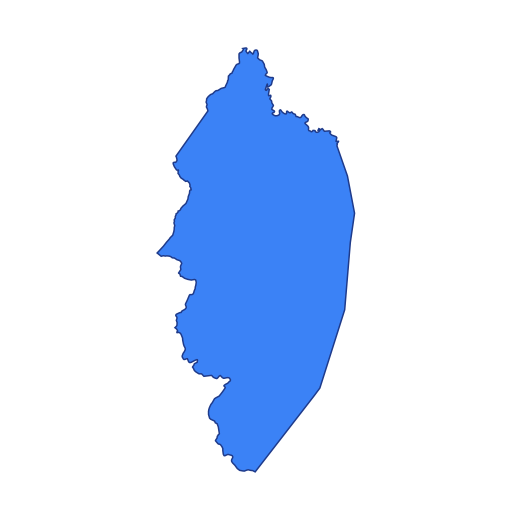 the district of El Paraiso, El Paraíso, Honduras, rotated 59°
{"feature_id": "27666195B18582423233621", "entity_name": "El Paraiso", "entity_type": "district", "adm_level": 2, "iso_a3": "HND", "parent_name": "Honduras", "parent_adm1": "El Paraíso", "projection": "natural_earth1", "projection_center": [-86.568, 13.849], "detail": "fine", "context": "isolated", "style": "filled", "palette": "blue", "viewbox_px": 512, "rotation_deg": 59, "n_neighbors": 0, "source": "geoboundaries", "source_scale": "gbopen_adm2", "svg_char_len": 6103}
<svg xmlns="http://www.w3.org/2000/svg" viewBox="0 0 512 512"><g transform="rotate(59 256 256)"><path d="M202.5,339.2L207.4,337.4L208.0,335.3L209.4,333.7L209.9,332.4L211.6,330.2L212.8,329.3L214.4,328.7L215.7,327.0L218.4,325.7L220.7,323.7L223.0,323.3L224.1,323.5L225.9,326.0L227.1,326.7L228.5,327.2L229.0,327.6L230.7,331.1L231.1,331.1L231.7,330.7L232.3,330.5L234.5,331.1L235.5,329.9L238.3,328.7L240.9,326.5L243.3,323.8L244.4,320.9L245.3,320.1L245.7,320.1L247.8,320.8L250.0,322.6L251.4,324.1L252.7,325.0L253.8,326.6L255.6,328.6L256.1,329.5L256.1,330.8L255.1,332.5L255.3,333.3L258.6,337.8L260.7,341.0L261.4,341.6L263.7,342.0L264.3,342.4L264.7,343.1L265.1,344.3L265.0,347.8L265.8,349.3L265.4,350.1L265.2,351.2L264.9,354.2L265.1,354.8L265.6,355.3L265.9,355.5L267.3,355.3L268.2,355.5L268.9,356.0L270.1,357.4L272.4,357.9L273.9,358.9L274.7,359.5L275.2,360.3L275.7,362.4L277.6,361.7L279.2,361.6L279.7,361.8L280.4,362.9L280.9,363.2L281.2,362.9L281.5,361.8L282.4,361.1L283.3,360.6L284.8,360.6L288.5,361.2L290.2,362.1L294.3,363.6L296.1,364.0L298.1,364.1L298.9,364.3L299.7,364.8L300.3,365.5L301.1,366.8L302.0,368.7L303.6,370.7L304.4,371.2L306.8,371.3L307.5,371.1L308.0,370.3L308.4,368.1L308.7,367.7L312.0,368.2L312.7,368.0L313.3,367.6L313.6,367.0L313.8,366.1L314.0,362.3L314.2,360.9L314.4,360.0L314.7,359.7L315.2,359.8L316.8,361.2L316.6,364.3L317.6,365.6L318.3,367.3L318.5,367.6L320.2,367.5L322.4,367.8L324.2,367.3L327.4,365.7L328.0,365.0L328.7,363.7L329.1,363.3L332.3,362.6L335.3,355.8L335.9,355.4L337.0,355.3L338.2,354.9L339.8,353.8L340.8,352.8L340.9,352.4L340.7,351.4L340.0,349.4L340.0,348.3L340.2,348.1L342.9,347.5L344.1,346.8L344.5,346.0L345.2,343.9L345.6,343.0L346.4,342.0L347.2,341.6L349.1,341.7L349.8,342.5L349.9,343.7L350.5,345.9L350.3,348.3L350.5,349.9L350.7,350.3L351.0,350.4L352.2,350.1L352.9,350.1L353.4,350.8L355.2,354.7L357.1,359.7L356.9,363.7L357.0,365.1L359.2,369.0L360.0,371.1L361.9,373.9L363.2,375.4L364.7,376.7L367.4,378.3L371.1,379.3L372.6,378.9L376.2,376.5L378.0,376.8L379.8,375.7L383.0,376.3L389.4,378.9L389.7,379.6L389.8,380.5L390.2,380.9L390.6,382.0L392.0,383.2L393.1,385.5L393.5,385.9L397.2,385.3L397.9,385.0L398.5,384.2L399.5,383.6L401.9,383.4L403.9,383.6L405.6,384.6L409.0,386.1L410.6,386.2L410.9,386.0L411.2,385.5L411.4,383.2L411.7,382.1L414.3,379.6L415.0,379.2L416.3,379.4L417.2,380.3L417.5,381.0L418.1,381.8L419.0,382.5L419.9,382.7L421.5,382.6L424.4,381.9L428.6,381.5L431.3,380.4L433.6,377.8L434.4,376.6L434.7,374.5L435.2,372.8L437.1,370.9L438.3,369.3L440.6,367.9L405.8,278.3L402.1,269.3L347.8,207.7L293.0,168.2L270.1,149.5L234.5,136.4L203.3,129.9L202.1,128.8L201.8,128.9L201.4,128.7L200.6,126.7L200.2,126.2L199.9,126.4L199.3,128.1L199.0,128.3L198.3,127.8L196.3,125.9L195.8,125.8L195.1,125.9L194.2,126.5L191.5,128.7L190.2,129.2L188.4,129.4L188.2,129.0L188.1,128.2L187.6,128.1L187.0,128.3L186.5,128.7L184.4,133.0L183.9,133.2L181.7,133.4L180.9,133.7L181.0,135.8L180.0,136.0L179.2,136.5L180.1,138.0L181.1,136.9L181.5,137.1L181.8,138.3L181.5,139.9L181.1,140.5L180.6,140.8L179.6,141.0L179.0,140.8L178.7,141.0L177.7,142.4L178.2,143.7L178.0,144.6L177.8,144.8L177.1,144.9L175.7,146.1L174.8,146.0L173.2,144.9L172.2,144.6L171.1,144.7L168.1,145.6L167.3,145.6L167.1,145.3L167.0,144.7L167.2,142.4L166.4,141.3L165.5,140.7L165.0,140.8L164.0,141.3L162.5,141.8L161.3,142.0L159.9,141.8L159.5,142.0L159.1,142.6L159.1,143.3L159.4,144.3L160.0,145.4L160.2,146.2L160.1,146.9L159.7,147.5L157.7,148.9L157.1,149.8L154.8,149.4L153.0,150.8L151.1,151.1L150.8,151.5L150.9,152.1L150.9,152.7L150.6,153.3L149.5,154.1L148.2,154.4L147.8,154.8L147.9,155.2L148.1,155.5L149.6,156.5L149.7,157.1L149.3,157.7L148.5,158.4L147.2,159.0L145.6,159.5L143.7,159.6L143.3,159.8L143.2,160.4L143.5,161.1L144.3,161.6L146.2,162.4L146.7,163.2L146.9,164.1L146.6,165.7L145.9,167.1L144.8,168.0L143.1,168.8L142.4,168.8L142.0,168.4L141.9,167.7L142.2,167.1L142.2,166.7L141.9,166.0L141.5,165.6L140.8,165.7L139.0,166.7L138.3,166.9L137.2,165.8L136.3,164.0L135.8,163.5L133.1,163.6L131.1,162.8L128.4,163.2L127.1,161.2L126.2,160.7L125.8,160.7L125.6,161.0L125.3,162.4L124.7,162.5L123.8,162.0L120.0,158.8L119.0,159.2L118.7,159.7L118.7,160.3L119.3,161.3L119.3,161.8L118.7,162.3L118.0,162.2L114.5,158.0L114.5,157.8L114.9,157.8L116.5,159.0L117.0,159.1L117.3,158.9L117.4,158.1L117.1,154.9L116.7,154.2L114.2,151.8L113.0,149.9L112.4,149.5L112.0,149.5L111.6,149.8L110.9,151.0L109.9,152.3L106.9,154.5L105.9,154.9L105.2,153.9L104.7,152.1L104.2,151.8L101.4,151.3L98.6,151.3L95.9,150.2L92.3,150.1L91.7,150.3L89.6,151.9L87.0,152.6L84.8,150.6L83.6,149.8L80.9,149.1L80.4,149.1L79.8,149.4L79.2,150.4L79.1,151.5L79.7,152.4L81.1,154.0L81.3,154.7L80.4,154.9L79.1,155.5L77.3,155.9L78.2,158.7L77.2,159.0L75.1,159.1L73.8,157.1L73.2,157.0L72.7,157.2L72.3,157.9L71.4,160.3L71.9,160.1L72.6,160.7L73.5,162.5L73.8,163.4L73.6,164.3L73.6,165.4L73.8,166.0L74.1,166.5L77.6,168.6L81.0,170.1L82.2,170.9L82.3,171.7L81.9,173.5L82.1,174.7L84.6,179.2L85.3,180.0L86.1,181.5L86.9,182.5L86.6,184.2L87.1,185.2L87.6,187.0L90.6,189.0L91.2,190.1L92.3,191.0L94.6,194.5L95.3,195.2L95.4,195.8L95.3,196.6L94.4,199.5L94.5,203.4L93.8,205.0L93.7,205.7L94.0,207.3L94.6,209.5L94.2,211.8L94.7,214.6L95.3,216.2L96.0,217.5L96.9,218.0L98.4,219.5L100.9,219.9L101.4,220.3L102.1,221.3L102.9,221.8L104.8,221.9L106.9,222.5L129.2,273.2L130.2,273.3L132.4,274.0L133.3,274.4L133.7,274.9L133.8,275.5L134.2,276.0L134.3,276.6L134.2,277.0L133.5,277.8L133.4,278.8L134.3,279.5L137.4,280.0L141.3,279.8L141.9,279.2L142.4,278.3L142.7,278.4L143.4,279.3L144.2,279.6L145.1,280.3L146.9,280.0L148.6,280.3L150.5,280.1L153.2,278.8L154.0,278.7L154.5,278.3L155.7,278.0L156.5,276.1L159.1,275.5L161.2,276.0L162.3,276.9L163.8,276.8L165.7,277.4L165.9,277.6L165.6,278.3L165.8,279.0L166.4,279.6L168.0,280.7L170.1,283.4L172.1,285.0L174.9,289.0L175.5,292.7L176.2,294.9L176.5,295.8L177.3,296.8L177.6,297.6L177.7,298.2L177.4,299.7L178.2,300.2L178.4,300.6L178.8,302.3L178.7,302.8L179.6,303.4L180.5,304.8L182.0,305.7L182.7,307.3L183.7,307.9L184.1,307.9L185.4,309.3L188.1,310.0L189.7,311.6L190.8,312.2L192.7,313.8L195.3,316.7L196.1,320.1L196.8,321.5L198.1,325.6L199.9,330.2L202.5,339.2Z" fill="#3b82f6" stroke="#1e3a8a" stroke-width="1.5"/></g></svg>